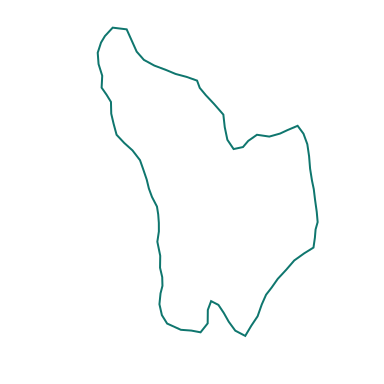 outline of Olímpio Noronha, Minas Gerais, Brazil, rotated 288°
{"feature_id": "56859067B75972300711014", "entity_name": "Olímpio Noronha", "entity_type": "district", "adm_level": 2, "iso_a3": "BRA", "parent_name": "Brazil", "parent_adm1": "Minas Gerais", "projection": "mercator", "projection_center": [-45.284, -22.085], "detail": "fine", "context": "isolated", "style": "outline", "palette": "teal", "viewbox_px": 384, "rotation_deg": 288, "n_neighbors": 0, "source": "geoboundaries", "source_scale": "gbopen_adm2", "svg_char_len": 1189}
<svg xmlns="http://www.w3.org/2000/svg" viewBox="0 0 384 384"><g transform="rotate(288 192 192)"><path d="M323.8,65.8L313.4,61.0L306.0,59.3L295.3,59.3L284.8,63.6L274.8,70.7L263.3,73.8L258.0,80.8L252.6,87.1L241.5,91.0L232.6,96.4L223.1,102.6L217.7,112.4L213.2,122.5L206.2,132.7L199.3,138.0L189.8,145.1L182.0,149.9L175.0,155.4L167.3,163.2L160.2,166.8L152.4,170.0L144.2,172.7L134.0,174.4L121.5,181.5L110.1,185.0L101.8,190.0L93.6,192.9L85.8,193.4L75.2,195.7L65.6,201.4L59.2,209.0L57.5,224.0L60.0,234.2L61.2,243.5L71.9,247.5L84.7,243.5L94.1,243.9L92.8,252.0L86.8,259.6L80.0,267.0L73.5,276.0L71.6,287.1L83.1,289.7L94.1,292.8L106.5,293.1L117.2,294.2L125.8,297.3L135.9,300.4L147.1,305.6L158.5,310.4L168.4,317.7L176.7,324.7L186.5,323.0L194.6,321.1L202.2,320.8L211.6,316.8L222.7,311.4L232.4,306.9L239.9,302.6L250.7,297.1L262.2,292.3L273.1,286.9L281.9,280.0L287.6,272.0L280.3,263.6L274.8,257.7L268.6,248.4L266.5,236.1L258.0,229.7L250.5,226.6L245.7,218.3L252.6,209.5L263.8,203.1L275.3,197.9L282.7,185.5L288.3,175.3L293.4,167.2L299.5,162.4L299.8,151.3L299.2,139.9L300.0,130.1L300.6,117.1L302.8,105.4L308.4,96.0L316.8,88.4L326.5,79.6L323.8,65.8Z" fill="none" stroke="#0f766e" stroke-width="2"/></g></svg>